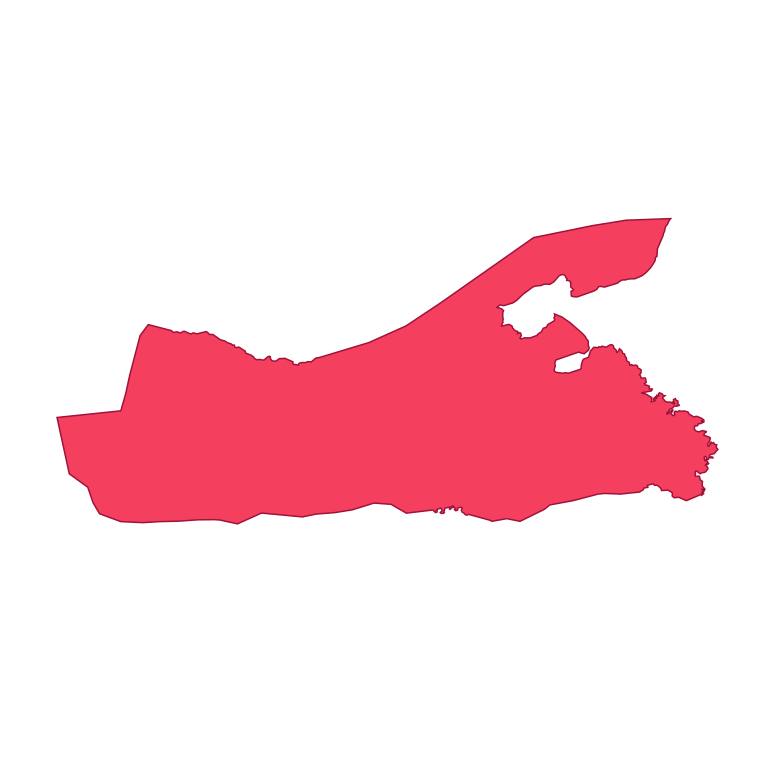 the district of Tes, Uvs, Mongolia, rotated 176°
{"feature_id": "93677404B95477416374821", "entity_name": "Tes", "entity_type": "district", "adm_level": 2, "iso_a3": "MNG", "parent_name": "Mongolia", "parent_adm1": "Uvs", "projection": "robinson", "projection_center": [93.296, 50.387], "detail": "fine", "context": "isolated", "style": "filled", "palette": "rose", "viewbox_px": 768, "rotation_deg": 176, "n_neighbors": 0, "source": "geoboundaries", "source_scale": "gbopen_adm2", "svg_char_len": 6029}
<svg xmlns="http://www.w3.org/2000/svg" viewBox="0 0 768 768"><g transform="rotate(176 384 384)"><path d="M86.5,529.0L131.1,530.5L165.5,527.4L224.6,519.6L321.8,461.0L358.0,440.4L396.1,426.4L445.8,415.1L450.2,414.6L455.0,411.2L458.1,411.6L462.3,410.7L463.4,411.2L466.6,410.8L467.4,410.4L468.5,408.7L469.9,409.4L473.0,409.9L473.5,410.8L473.3,412.5L481.1,416.5L486.7,416.6L490.3,414.3L494.0,414.9L495.4,416.7L495.5,419.2L496.7,419.7L498.2,419.2L501.8,416.4L504.4,416.5L506.0,417.2L509.4,417.1L511.7,418.7L512.1,420.0L514.4,422.0L519.7,424.4L520.1,426.4L525.7,430.6L526.8,431.0L528.5,430.5L530.4,431.4L530.5,433.2L531.9,433.2L533.9,434.8L537.4,436.1L539.9,438.1L544.1,439.5L551.2,445.3L554.6,445.6L556.5,447.9L557.8,448.7L567.1,447.1L570.6,448.3L573.4,447.4L579.4,450.5L580.7,450.5L583.4,449.1L587.2,450.6L589.8,450.1L591.2,450.6L592.0,451.8L593.0,452.3L615.0,459.7L623.9,449.4L636.9,411.0L642.1,393.1L648.4,375.6L712.5,373.4L704.2,316.3L686.7,301.7L682.5,285.8L676.8,274.4L656.2,265.1L634.2,262.5L618.6,262.4L598.8,261.5L579.0,261.5L562.5,260.5L557.3,259.8L539.9,254.7L515.2,263.8L474.6,257.1L460.7,259.0L442.3,259.1L424.3,260.7L402.4,265.9L385.4,263.5L370.7,253.6L343.8,254.9L342.9,253.4L341.3,252.1L339.9,252.7L339.9,254.0L340.7,254.2L340.2,255.1L336.4,256.2L335.9,256.0L334.8,253.6L336.9,251.8L336.2,251.1L334.0,250.7L332.7,251.6L333.1,252.9L332.4,253.9L332.5,254.6L331.5,256.0L327.6,256.5L326.7,255.8L327.4,254.8L326.3,254.4L325.8,255.4L325.9,256.4L324.2,255.9L324.0,256.8L324.6,257.2L323.9,257.6L323.2,257.3L323.1,256.2L321.8,255.3L321.6,254.5L322.5,253.7L321.6,252.7L319.6,252.8L319.2,253.3L319.6,254.3L319.2,255.0L316.3,255.8L314.6,254.8L315.7,252.9L315.5,252.0L314.8,250.4L313.0,249.5L311.9,247.8L310.0,247.4L308.8,248.1L288.1,240.8L285.9,239.5L270.8,241.1L257.9,237.5L232.7,247.8L227.0,251.8L203.2,254.5L177.8,259.3L171.3,259.4L155.7,257.7L136.6,258.4L132.6,260.5L132.0,262.1L128.0,262.5L128.2,264.5L122.6,265.7L121.1,264.0L118.6,264.0L117.5,263.0L115.5,261.2L114.5,258.3L108.3,258.4L104.0,255.5L104.3,252.1L102.5,250.3L97.8,250.4L90.5,246.5L75.5,251.7L75.0,250.8L72.8,252.4L73.1,252.9L74.2,252.4L73.8,253.3L74.4,253.9L72.8,254.2L72.5,254.6L73.2,255.4L71.3,255.3L74.6,257.3L71.5,256.3L71.2,256.7L73.4,259.6L73.7,260.9L73.1,264.6L75.2,266.4L75.7,269.6L76.3,270.2L79.2,270.1L79.9,270.5L80.0,271.5L79.4,272.7L79.7,274.4L79.0,275.4L78.1,275.3L75.0,272.4L72.9,273.3L70.5,273.4L69.0,274.2L66.7,276.9L67.5,279.5L68.9,280.2L69.1,280.7L67.9,281.4L66.4,281.4L65.9,282.0L67.3,282.3L66.3,283.1L66.9,284.4L69.4,285.4L69.1,286.3L69.7,287.1L69.7,288.7L69.0,289.3L68.0,289.0L67.5,288.0L67.6,286.0L65.7,286.2L65.7,287.2L64.6,287.7L61.0,287.4L61.3,288.2L64.1,288.7L64.2,290.1L63.3,290.8L59.4,291.5L55.5,295.5L57.1,297.8L56.3,300.1L58.7,301.0L59.3,302.6L61.1,301.8L61.5,303.1L62.0,303.1L63.1,301.6L63.4,300.1L64.3,299.3L65.3,299.7L65.0,301.9L62.9,305.0L62.2,307.3L63.0,308.2L68.4,310.5L68.0,312.2L65.8,313.7L65.9,314.2L69.5,315.3L73.2,314.3L76.1,315.3L77.7,317.7L76.7,320.7L74.5,320.4L73.7,321.0L73.8,321.6L73.1,322.5L71.3,322.3L67.5,323.8L67.7,324.4L69.7,324.3L70.1,324.9L69.6,325.3L68.0,324.9L67.4,325.2L67.4,325.7L69.2,327.4L73.4,329.6L74.8,330.0L77.2,329.5L81.8,332.8L82.6,334.8L86.3,336.2L88.8,336.0L91.4,336.7L93.3,335.8L94.8,336.5L95.9,336.3L96.6,334.9L96.0,333.1L97.6,332.2L99.9,334.3L97.7,337.4L97.7,338.0L98.2,338.2L101.9,335.6L102.8,334.3L103.8,334.2L103.7,335.5L101.8,336.7L101.5,338.2L100.5,339.0L97.3,340.2L96.5,341.4L95.5,341.8L93.7,341.4L91.1,342.0L90.9,342.4L92.1,343.3L92.0,346.5L93.8,347.5L94.4,349.1L96.3,348.3L96.3,346.4L97.0,346.0L95.7,345.1L95.6,344.0L96.2,343.8L99.2,345.9L103.6,346.4L104.6,347.1L107.1,350.5L106.7,351.4L104.6,352.7L106.1,353.0L107.4,354.9L109.9,356.0L110.9,354.9L110.7,353.1L111.1,352.8L112.6,353.8L113.2,352.6L112.8,351.4L113.1,350.7L114.1,350.4L113.9,351.6L114.2,352.2L116.3,350.3L116.3,349.5L114.8,348.7L115.1,348.2L118.5,347.6L117.8,351.8L123.6,355.8L128.0,357.2L117.9,358.4L116.6,360.1L116.9,360.5L119.5,360.3L119.9,361.2L119.4,363.2L121.9,364.5L123.6,364.7L123.6,365.5L124.1,366.2L122.3,367.3L122.7,371.4L123.1,371.8L126.9,371.9L127.3,372.2L127.5,374.2L128.5,375.1L128.4,375.9L127.5,376.2L126.8,377.5L126.5,380.3L129.7,382.4L129.9,384.2L131.3,385.3L134.0,385.1L136.0,386.1L136.9,385.4L137.5,385.5L137.9,388.5L140.2,390.1L140.5,393.5L141.6,394.5L141.8,397.0L143.6,397.9L144.6,400.8L146.7,402.7L148.0,400.2L149.2,399.2L149.8,399.4L150.0,401.6L152.2,403.9L152.5,406.0L153.2,406.9L154.6,407.4L156.1,407.1L159.9,405.2L163.9,406.5L165.7,405.6L167.0,406.2L168.5,405.2L169.9,405.8L172.2,405.9L175.8,402.5L178.1,396.4L183.3,394.8L184.3,393.4L185.9,389.0L186.3,385.7L187.4,384.9L199.2,381.9L201.9,382.6L205.1,382.3L211.7,383.7L213.1,385.0L213.0,387.1L211.9,389.8L212.1,393.4L210.8,396.0L187.9,402.2L182.2,400.2L177.6,403.6L176.8,405.6L177.5,408.5L177.3,412.7L179.1,415.2L179.8,417.2L182.5,420.5L194.2,432.3L202.0,438.5L209.1,442.0L208.9,439.5L209.9,438.1L209.1,436.6L209.7,435.2L216.2,432.0L218.2,429.3L221.2,428.5L223.3,425.2L226.6,423.3L228.3,421.7L234.9,419.8L240.6,420.2L244.3,419.4L245.2,420.1L243.6,422.8L244.1,425.1L245.1,425.8L247.3,424.9L246.9,427.1L249.1,427.8L250.5,429.2L251.9,431.0L252.0,432.4L252.7,433.3L255.2,434.8L262.4,433.6L262.4,435.1L261.0,437.1L261.1,438.7L260.6,440.4L260.9,444.3L260.6,444.8L260.6,446.8L259.6,448.8L261.3,450.7L264.1,452.0L265.6,452.0L266.0,452.7L262.6,454.8L259.1,453.8L249.8,455.9L245.9,458.1L239.2,463.7L228.9,470.3L226.6,471.1L220.5,471.3L217.0,472.5L211.6,471.9L207.4,474.1L201.7,479.8L199.1,480.7L197.0,480.5L195.8,479.4L194.8,476.9L194.1,476.4L194.5,474.6L191.7,474.0L190.9,473.2L191.1,472.1L190.6,471.1L191.0,467.8L188.5,465.1L189.1,464.2L191.0,463.4L191.0,458.7L188.7,457.8L185.1,457.4L167.6,462.3L165.0,463.7L163.2,466.1L161.2,466.3L157.2,465.3L144.1,468.3L141.1,470.3L138.8,471.2L136.0,471.0L132.4,471.7L126.3,471.5L119.3,473.9L114.9,476.8L109.9,481.4L105.5,487.2L104.9,488.4L104.5,491.3L102.8,492.2L101.8,499.8L95.3,512.5L94.6,515.0L93.6,516.4L92.4,521.0L90.0,523.7L88.3,526.9L86.5,529.0Z" fill="#f43f5e" stroke="#9f1239" stroke-width="1.5"/></g></svg>